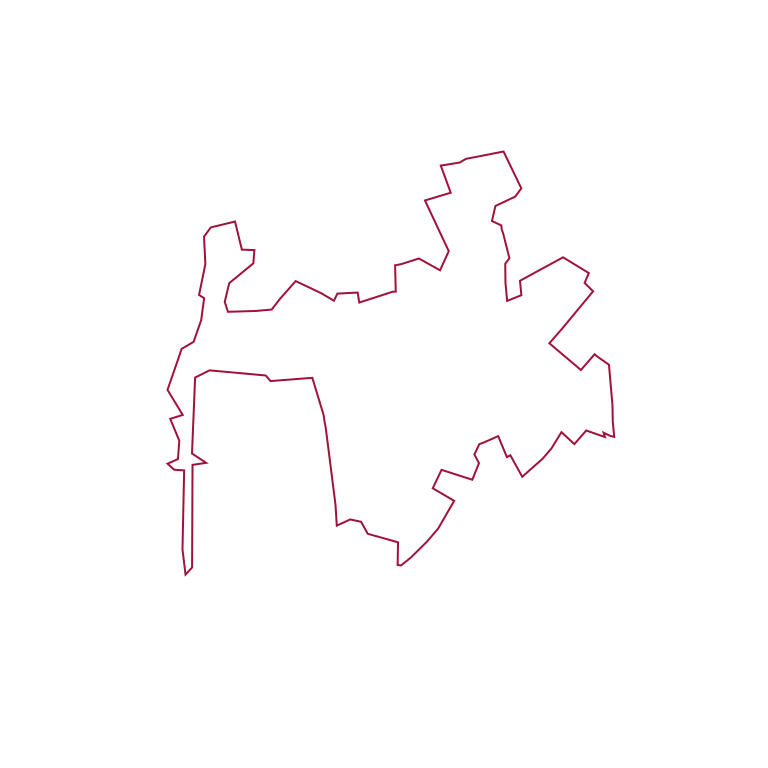 Nurafshon city, Tashkent, Uzbekistan (orthographic projection), rotated 298°
{"feature_id": "79887680B3865119870711", "entity_name": "Nurafshon city", "entity_type": "district", "adm_level": 2, "iso_a3": "UZB", "parent_name": "Uzbekistan", "parent_adm1": "Tashkent", "projection": "orthographic", "projection_center": [69.353, 41.047], "detail": "fine", "context": "isolated", "style": "outline", "palette": "rose", "viewbox_px": 768, "rotation_deg": 298, "n_neighbors": 0, "source": "geoboundaries", "source_scale": "gbopen_adm2", "svg_char_len": 1594}
<svg xmlns="http://www.w3.org/2000/svg" viewBox="0 0 768 768"><g transform="rotate(298 384 384)"><path d="M435.9,195.4L457.5,176.2L441.0,157.6L429.6,155.9L406.0,170.0L375.8,178.9L375.3,184.9L354.6,192.6L331.8,196.1L320.0,188.8L306.7,191.0L277.2,195.6L262.2,220.8L252.9,211.6L237.8,229.9L221.0,237.3L212.0,230.3L209.8,239.0L213.9,248.1L143.4,283.7L122.6,298.2L131.9,300.7L222.7,252.9L230.9,264.0L232.5,247.1L301.0,214.2L314.1,223.5L336.0,275.6L333.3,282.4L355.8,317.8L328.3,345.2L322.3,349.6L318.0,353.1L300.9,365.2L254.4,398.0L236.8,408.8L248.5,417.7L251.6,428.4L244.1,440.0L250.8,470.7L230.6,481.0L231.8,484.2L243.4,489.2L264.9,495.9L281.8,499.7L313.8,500.8L314.8,476.0L335.2,475.1L340.9,506.9L358.7,505.0L364.2,496.9L375.6,496.4L379.1,499.5L391.6,509.3L377.1,526.9L380.4,529.0L367.0,549.6L392.4,559.1L405.7,562.1L424.8,563.3L420.3,580.3L437.9,584.4L440.9,604.0L444.1,600.7L444.4,608.5L445.4,612.1L458.1,603.7L472.5,595.7L506.6,573.6L508.4,559.0L509.2,556.0L488.8,551.3L497.6,510.9L516.1,515.2L564.0,525.1L567.4,513.7L578.1,512.8L579.9,482.6L539.0,455.6L526.9,463.6L515.2,453.7L530.6,443.6L547.1,434.6L553.9,435.7L572.7,418.7L575.9,415.2L579.1,413.2L578.6,402.8L593.5,398.8L611.1,411.9L621.2,413.4L645.4,380.4L621.2,350.6L615.0,346.8L603.5,331.6L584.2,353.1L565.3,334.0L531.7,378.8L510.7,380.1L511.2,355.9L497.9,342.9L494.0,338.1L471.1,351.0L469.5,348.3L444.3,323.9L452.4,317.8L441.9,300.4L434.0,300.7L434.7,286.1L433.4,257.7L410.5,252.2L397.0,249.9L388.1,236.2L374.5,212.3L381.8,204.8L400.4,200.0L429.2,212.0L441.4,206.7L435.9,195.4Z" fill="none" stroke="#9f1239" stroke-width="2"/></g></svg>